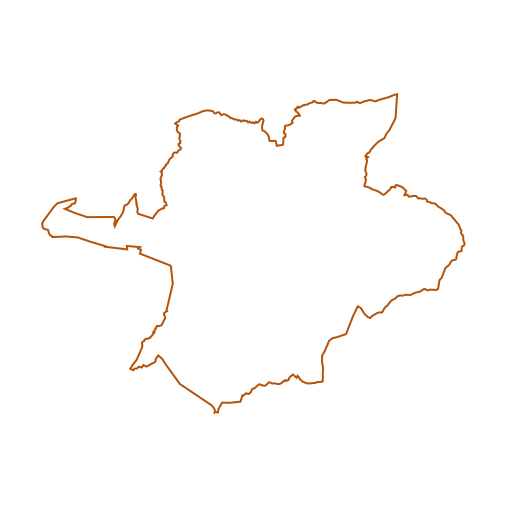 outline of Terrenate, Tlaxcala, Mexico, rotated 353°
{"feature_id": "50627088B28943276063630", "entity_name": "Terrenate", "entity_type": "district", "adm_level": 2, "iso_a3": "MEX", "parent_name": "Mexico", "parent_adm1": "Tlaxcala", "projection": "albers", "projection_center": [-97.935, 19.48], "detail": "fine", "context": "isolated", "style": "outline", "palette": "amber", "viewbox_px": 512, "rotation_deg": 353, "n_neighbors": 0, "source": "geoboundaries", "source_scale": "gbopen_adm2", "svg_char_len": 6136}
<svg xmlns="http://www.w3.org/2000/svg" viewBox="0 0 512 512"><g transform="rotate(353 256 256)"><path d="M415.8,112.7L413.3,112.8L407.2,114.5L396.7,116.1L393.6,117.1L388.3,115.0L381.7,115.8L377.8,117.0L375.0,115.2L374.2,115.9L368.8,115.5L361.4,114.4L354.8,110.8L348.1,110.0L342.6,112.9L341.2,112.8L339.1,112.0L336.2,111.8L335.0,111.0L334.7,111.1L333.1,109.3L331.6,109.4L331.4,110.2L326.2,111.3L325.4,112.0L322.7,111.9L322.1,112.3L321.3,112.0L317.7,113.8L315.8,113.0L315.8,113.9L314.8,113.8L314.0,114.8L312.5,115.1L312.4,115.5L313.7,117.8L314.9,118.6L317.0,122.7L316.2,122.1L314.0,121.9L311.5,122.5L308.3,126.1L308.1,127.2L308.5,128.3L305.1,130.0L301.0,130.3L300.6,130.8L300.3,132.9L298.7,136.4L298.8,137.3L300.0,138.5L299.9,140.7L299.5,141.4L298.2,141.7L297.5,142.5L296.7,147.9L296.1,149.0L290.0,149.1L289.8,144.9L289.5,144.3L287.7,143.7L286.0,144.0L283.4,143.2L283.3,139.6L282.3,136.6L280.9,134.7L279.1,132.8L278.1,132.4L277.6,131.5L277.5,130.5L278.0,127.3L280.0,122.4L279.7,121.2L278.6,120.2L276.8,120.9L275.8,122.2L273.9,123.7L273.3,123.8L272.8,123.0L272.5,122.8L271.6,123.7L270.9,124.0L270.2,123.8L269.7,122.9L268.4,123.4L267.6,123.3L266.2,121.8L265.8,121.8L265.1,122.5L264.4,122.5L263.4,120.9L261.8,120.3L260.6,120.5L259.9,119.8L257.6,120.8L256.5,119.2L254.6,119.4L253.6,118.3L250.8,117.7L248.8,116.1L247.5,116.1L246.3,114.2L244.7,113.6L244.4,112.8L242.9,111.9L241.2,111.3L238.5,111.9L237.1,109.2L236.6,108.8L235.0,108.8L233.5,109.6L232.6,109.4L232.1,109.1L230.9,107.1L230.1,106.7L225.5,105.5L221.3,105.7L214.6,107.6L208.1,108.7L196.9,111.3L196.5,112.4L196.0,112.9L194.1,113.4L191.9,114.6L192.0,115.0L192.7,115.1L194.6,116.9L194.5,117.4L193.2,118.3L192.8,121.3L193.3,123.2L195.4,125.3L195.0,128.1L194.2,129.4L194.4,131.4L195.1,132.7L194.5,133.7L194.5,134.9L193.1,135.1L192.6,136.1L193.5,138.2L194.8,139.8L194.0,141.0L191.9,141.8L190.3,143.9L187.9,143.3L186.8,143.8L185.7,145.4L185.3,147.3L183.5,148.3L181.5,150.0L179.8,153.2L177.6,154.5L177.5,155.5L176.8,155.8L176.1,156.8L175.6,156.9L175.3,157.5L173.9,158.5L172.8,160.0L172.0,160.4L172.7,160.8L172.8,161.3L172.3,162.1L172.6,164.2L170.7,167.2L170.7,172.7L169.8,174.4L170.3,175.5L170.7,175.9L170.5,178.6L171.4,179.5L170.5,183.8L171.7,185.4L171.5,186.4L172.0,187.1L172.1,187.9L171.6,188.9L171.8,190.9L172.3,191.1L173.1,192.5L173.5,194.6L171.0,195.3L170.5,197.2L170.2,197.5L169.3,197.3L164.9,198.9L160.0,203.7L158.1,206.2L144.1,199.7L143.6,198.4L143.7,197.2L144.4,194.9L143.7,191.3L143.9,190.3L143.6,189.7L144.1,189.1L143.7,188.3L143.8,185.9L143.5,184.0L143.7,182.2L144.4,180.5L144.1,179.7L143.4,179.8L142.7,180.3L140.5,183.1L139.0,184.6L137.8,185.3L136.3,187.6L134.3,189.2L131.8,189.8L130.8,191.9L130.4,193.8L129.5,196.0L126.8,199.8L123.2,203.4L119.5,209.3L119.1,206.8L119.3,206.0L120.8,203.6L120.9,202.7L120.3,200.8L119.7,199.9L93.3,196.9L80.8,190.9L72.1,185.9L75.1,185.2L76.1,184.3L77.9,184.0L79.0,182.5L79.9,181.9L82.3,181.9L83.5,180.1L84.0,178.6L84.1,176.8L65.5,179.4L61.6,182.3L48.6,196.1L48.3,197.1L47.5,198.0L48.0,199.5L47.7,201.5L48.8,203.0L50.2,203.8L52.4,204.5L52.8,205.0L53.2,207.7L54.0,210.1L56.3,211.8L56.3,212.4L70.1,213.5L81.5,215.9L92.4,221.2L107.7,227.9L107.3,228.4L129.0,233.8L129.0,230.3L141.9,233.1L140.0,234.4L142.6,235.8L141.1,239.5L169.2,254.7L170.3,255.6L170.0,273.4L160.7,298.7L161.0,299.9L160.2,300.0L157.6,301.7L157.6,303.4L158.1,303.9L158.4,306.4L153.8,313.1L151.1,313.8L149.3,313.3L147.6,315.8L147.5,315.5L147.2,315.6L147.3,316.4L144.8,319.0L145.8,319.5L140.9,324.3L140.3,324.1L139.8,324.7L139.0,324.9L137.5,324.7L136.0,325.0L134.9,326.0L134.4,327.0L132.8,327.5L132.0,329.0L132.4,331.2L131.2,333.8L125.6,343.3L124.4,345.0L119.9,349.5L117.0,353.3L117.9,352.8L120.3,354.5L121.5,353.0L123.8,353.2L126.4,351.6L129.0,352.8L131.0,350.5L133.8,352.4L143.1,348.8L144.1,345.8L146.9,342.8L150.6,347.0L152.1,350.6L164.8,373.7L194.1,399.1L196.0,402.6L196.4,403.8L195.9,406.3L196.5,406.0L199.3,406.5L200.0,403.5L204.5,397.4L211.6,398.5L222.8,398.7L225.5,392.7L226.6,393.0L228.9,391.3L229.7,391.1L231.4,392.0L232.5,391.8L234.2,390.6L236.1,387.5L236.9,387.2L238.4,387.2L242.3,384.3L243.8,383.7L246.8,385.3L248.9,385.9L250.5,385.3L253.1,383.0L254.1,383.1L256.8,384.6L259.3,384.7L262.4,385.9L264.1,385.8L265.3,385.5L269.1,383.1L269.9,382.9L269.7,383.5L270.8,383.7L273.1,383.0L274.3,380.8L278.1,378.1L281.5,381.8L282.6,380.0L283.6,381.1L284.7,383.8L287.1,386.5L291.1,388.7L294.7,389.1L297.3,389.0L298.2,389.3L301.2,388.7L306.1,388.8L307.0,388.5L307.1,386.7L307.6,384.6L307.8,381.8L309.0,375.5L308.6,369.4L309.5,362.8L312.5,359.0L314.9,354.7L315.8,353.8L316.6,351.8L318.4,348.9L322.2,346.8L326.2,346.5L335.8,344.5L345.1,327.3L350.9,318.3L353.8,320.6L356.6,326.6L359.6,330.3L361.9,331.5L363.7,329.8L369.2,327.4L372.0,327.0L374.2,327.5L377.6,322.9L380.4,321.1L385.0,316.6L388.9,315.2L391.9,313.0L394.5,312.8L397.0,313.2L399.3,312.7L404.8,313.5L408.8,312.0L414.7,311.3L418.5,309.3L419.9,309.4L421.3,310.6L422.5,311.1L425.1,310.6L430.5,311.6L432.2,311.2L432.8,310.6L435.0,302.9L435.7,301.9L437.6,300.4L442.2,291.5L443.4,290.4L446.6,288.5L448.8,285.4L450.1,284.4L453.9,283.9L454.6,282.6L455.2,280.2L456.4,277.3L457.4,276.4L460.6,276.2L461.4,272.0L463.5,271.0L464.2,270.2L464.5,268.3L463.7,265.7L464.1,261.4L462.4,258.7L462.3,257.4L463.0,255.6L461.9,253.6L461.2,250.0L454.3,239.2L449.6,236.3L448.6,234.9L448.3,233.6L444.4,230.3L442.8,229.2L440.7,226.2L439.0,225.3L437.1,225.2L435.5,224.0L432.3,222.7L432.3,221.0L430.8,219.6L428.2,219.5L426.4,218.8L424.0,218.6L422.5,216.2L421.6,215.8L419.4,215.6L415.0,215.8L414.5,215.3L414.2,214.2L413.6,213.7L410.8,213.7L413.1,209.8L409.8,205.7L404.8,202.8L403.8,202.7L402.9,203.2L402.9,204.3L402.5,205.0L400.5,204.1L398.5,204.1L397.9,205.3L396.6,206.6L391.1,210.4L390.0,210.8L389.0,210.4L387.4,208.6L384.6,206.4L378.7,203.5L377.8,202.5L375.2,201.1L372.2,200.1L372.3,198.7L373.7,195.9L374.5,193.4L373.6,191.0L374.8,190.1L375.5,189.2L375.6,187.3L374.8,184.3L374.9,183.5L377.9,174.9L377.3,172.5L377.6,172.1L378.6,172.1L379.3,171.6L378.9,171.2L376.8,170.5L376.7,170.1L379.1,167.8L381.2,166.9L383.0,164.5L387.4,160.5L391.5,157.4L397.7,154.8L400.4,150.5L403.9,147.1L411.3,136.2L415.8,112.7Z" fill="none" stroke="#b45309" stroke-width="2"/></g></svg>